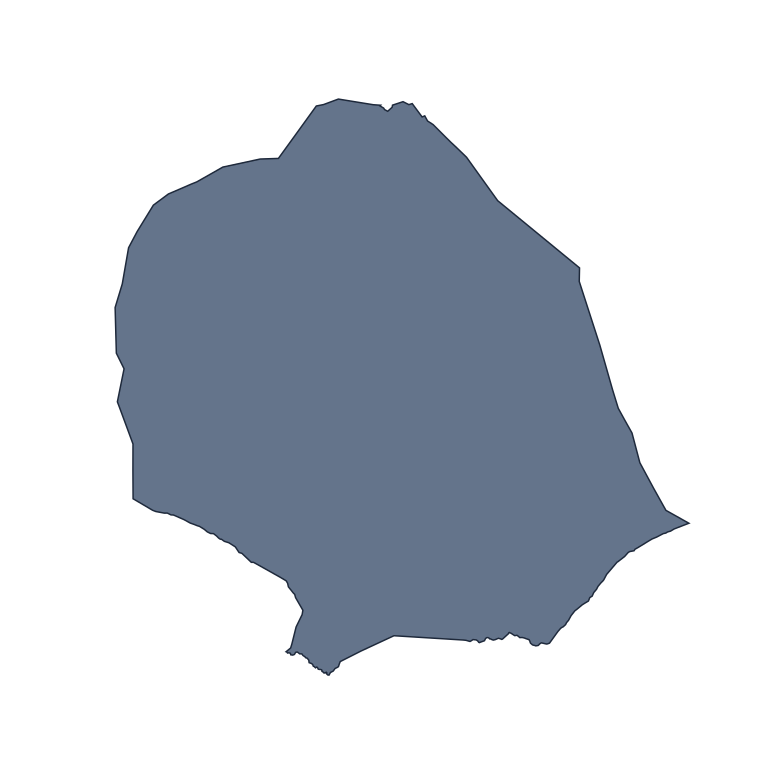 outline of San Pedro Quiatoni, Oaxaca, Mexico, rotated 168°
{"feature_id": "50627088B74520915461068", "entity_name": "San Pedro Quiatoni", "entity_type": "district", "adm_level": 2, "iso_a3": "MEX", "parent_name": "Mexico", "parent_adm1": "Oaxaca", "projection": "mercator", "projection_center": [-96.033, 16.765], "detail": "fine", "context": "isolated", "style": "filled", "palette": "slate", "viewbox_px": 768, "rotation_deg": 168, "n_neighbors": 0, "source": "geoboundaries", "source_scale": "gbopen_adm2", "svg_char_len": 3086}
<svg xmlns="http://www.w3.org/2000/svg" viewBox="0 0 768 768"><g transform="rotate(168 384 384)"><path d="M276.0,96.1L265.3,105.8L262.0,108.3L260.4,109.0L259.3,109.2L256.4,110.9L255.1,112.6L252.7,114.4L249.2,118.5L244.4,122.5L242.4,123.4L236.0,126.8L233.3,127.8L229.2,129.2L227.1,132.3L224.5,133.2L222.2,136.4L218.8,139.0L216.8,141.5L213.1,144.4L210.9,145.8L209.7,146.8L205.9,151.4L193.0,161.3L192.0,161.6L184.4,165.3L180.2,168.4L178.5,169.0L174.1,168.9L172.8,170.2L169.6,171.2L158.6,175.1L156.0,176.0L153.9,176.7L149.0,177.6L141.9,179.6L139.3,179.6L137.5,180.3L134.3,180.5L130.3,181.9L114.7,184.4L134.5,201.8L142.0,226.1L150.1,253.8L151.6,284.5L156.1,298.9L159.9,311.5L161.6,330.5L164.8,377.1L171.7,443.7L168.6,456.9L234.7,539.7L246.0,565.5L256.1,588.6L263.9,600.2L268.3,606.5L272.0,612.1L282.0,627.5L286.7,632.2L288.4,637.8L291.2,637.3L298.1,652.4L301.6,652.1L306.7,656.2L317.7,655.0L318.5,653.0L323.7,650.0L326.4,652.3L327.0,654.0L330.2,656.9L329.4,657.4L336.4,659.4L351.9,665.4L369.4,672.2L385.0,669.9L392.4,670.0L417.8,647.0L440.4,626.6L458.3,629.8L496.5,629.7L525.2,620.6L531.0,619.6L555.4,614.7L572.4,606.9L593.7,584.5L605.5,570.4L619.2,536.3L631.1,514.7L639.4,469.8L635.1,452.9L648.5,422.0L647.6,416.1L644.8,396.9L642.0,377.5L647.6,351.5L653.3,323.9L636.6,308.6L633.7,306.7L625.8,303.4L622.8,302.8L619.5,300.2L617.3,299.7L607.8,292.9L602.5,288.3L598.9,286.1L596.1,284.2L594.2,283.2L590.0,279.2L587.6,276.1L584.7,273.8L581.9,273.1L579.4,270.2L577.8,267.7L576.5,266.3L575.2,265.9L572.9,263.3L568.8,261.0L563.3,255.6L560.8,249.3L558.2,247.9L550.9,237.2L548.7,236.7L526.0,216.8L520.6,211.8L520.5,211.5L519.7,209.1L519.7,205.5L516.1,198.3L515.1,196.8L514.9,193.4L510.4,179.6L512.0,175.5L520.5,164.6L528.1,149.0L530.2,145.2L535.4,142.5L534.9,142.2L534.3,140.9L533.3,140.9L532.2,140.5L531.6,140.0L531.5,138.5L529.6,137.8L527.8,138.1L526.8,139.3L525.8,140.0L524.3,139.7L522.6,137.6L520.5,137.1L519.7,135.3L518.0,133.6L517.6,132.6L516.1,131.7L515.0,129.5L515.2,127.0L513.1,125.7L512.1,124.5L511.8,122.6L511.1,122.2L510.0,120.6L508.6,121.1L508.1,120.6L507.8,119.7L507.6,118.7L506.5,118.2L505.5,118.0L504.6,117.5L504.2,116.8L504.5,116.2L504.3,115.7L503.7,115.2L502.7,113.7L500.3,114.0L500.0,113.3L500.6,112.9L500.2,112.1L499.5,111.1L498.3,110.7L496.4,112.9L493.3,113.8L492.0,115.0L491.0,115.9L488.9,116.4L487.3,117.0L486.1,119.2L484.5,121.6L461.9,127.6L426.6,135.7L359.4,117.0L357.0,116.2L354.6,114.9L353.4,114.3L352.0,114.7L350.1,115.5L347.0,114.5L345.8,113.3L345.0,111.6L344.4,111.2L343.3,111.4L339.1,112.0L337.6,113.9L336.4,114.5L335.8,114.5L335.0,114.3L334.0,113.5L333.6,112.7L332.7,112.5L332.0,111.8L330.4,110.8L328.5,110.8L325.0,111.5L323.4,110.7L321.9,109.7L321.0,109.9L314.0,114.0L313.8,114.6L313.1,114.9L311.6,113.8L308.5,110.7L307.6,110.6L306.5,110.6L306.0,110.4L305.1,109.3L304.1,108.0L303.9,107.7L301.5,107.3L299.4,106.3L298.1,105.4L295.3,103.8L294.8,102.0L294.7,100.4L294.5,100.0L293.1,98.1L292.5,97.6L292.0,97.4L290.7,96.8L290.0,96.3L287.5,96.2L286.1,97.1L286.0,97.3L283.9,98.1L279.2,95.9L278.1,95.8L276.0,96.1Z" fill="#64748b" stroke="#1e293b" stroke-width="1.5"/></g></svg>